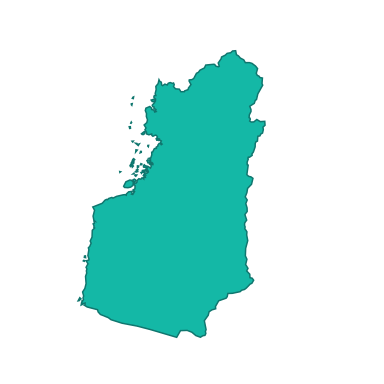 the district of Pohuwato, Gorontalo, Indonesia, rotated 110°
{"feature_id": "22746128B36723886609479", "entity_name": "Pohuwato", "entity_type": "district", "adm_level": 2, "iso_a3": "IDN", "parent_name": "Indonesia", "parent_adm1": "Gorontalo", "projection": "mercator", "projection_center": [121.655, 0.703], "detail": "fine", "context": "isolated", "style": "filled", "palette": "teal", "viewbox_px": 384, "rotation_deg": 110, "n_neighbors": 0, "source": "geoboundaries", "source_scale": "gbopen_adm2", "svg_char_len": 6138}
<svg xmlns="http://www.w3.org/2000/svg" viewBox="0 0 384 384"><g transform="rotate(110 192 192)"><path d="M322.3,130.8L320.3,130.6L318.5,131.7L316.5,131.7L308.7,136.4L302.3,134.6L298.7,135.0L296.0,133.0L293.6,129.8L291.6,130.8L285.1,129.7L280.1,123.6L278.3,123.1L275.1,123.6L273.4,119.4L269.2,112.7L267.3,111.7L265.6,109.3L263.7,108.1L258.7,105.9L257.3,104.5L253.8,103.9L252.4,106.0L252.7,108.2L249.5,109.6L247.5,113.6L244.6,113.3L241.8,116.8L236.4,117.4L233.8,120.0L226.6,122.3L218.6,123.0L213.7,125.9L210.6,126.8L208.3,129.9L206.7,130.1L205.2,131.3L203.0,131.9L199.7,131.0L195.1,134.6L191.4,133.5L188.1,134.8L184.5,137.5L180.6,137.4L178.4,140.3L173.8,140.2L169.6,141.0L164.4,138.7L158.3,139.4L157.6,141.8L157.9,144.2L156.9,146.4L147.5,148.4L147.5,149.4L145.2,150.4L141.8,150.4L141.3,151.0L140.0,151.0L139.6,149.8L137.0,148.0L135.7,148.7L133.5,148.0L128.0,148.1L124.7,149.2L122.8,149.0L121.8,147.9L117.1,149.2L116.1,147.4L113.8,147.1L112.5,145.9L109.0,146.3L106.8,147.5L104.3,146.2L100.7,147.8L102.5,151.9L101.7,155.9L105.0,157.9L106.0,160.3L105.6,162.1L103.8,162.1L102.8,162.7L102.6,163.8L99.9,164.5L96.2,164.1L94.3,164.8L91.7,167.1L87.4,163.8L84.2,163.9L83.1,163.0L77.3,163.7L67.4,162.1L66.2,163.3L60.8,164.8L61.2,167.3L60.2,168.7L60.1,170.5L58.5,172.2L53.6,172.6L51.9,175.4L50.6,179.7L50.8,182.4L52.2,186.1L50.1,188.6L49.6,192.4L48.2,194.9L47.8,197.2L44.3,199.3L45.6,202.1L47.9,203.3L49.7,206.4L52.0,207.5L55.0,210.4L56.8,210.2L61.8,211.5L64.5,209.4L65.3,210.0L65.6,212.5L64.4,214.3L64.5,215.2L68.0,222.5L71.2,222.8L74.8,226.2L77.3,226.9L78.9,228.4L84.8,229.2L86.5,230.6L87.6,232.9L88.7,232.7L91.4,229.7L95.5,230.9L97.1,230.7L99.5,233.5L100.3,233.5L101.6,236.7L99.7,239.1L100.7,242.8L99.3,245.4L97.2,245.4L95.9,246.6L96.6,247.4L96.6,249.9L97.9,251.5L99.9,251.9L99.9,254.4L102.1,255.9L101.8,257.1L99.3,258.4L99.1,260.0L97.8,261.4L101.7,260.9L105.1,262.1L108.1,260.7L112.0,260.3L113.7,259.0L114.3,260.4L115.5,260.4L116.3,260.0L117.1,258.0L119.8,257.3L118.6,257.9L118.1,259.9L119.6,261.8L120.6,260.3L120.0,257.9L120.8,257.7L124.0,259.1L125.1,258.2L125.2,256.6L126.4,256.4L126.8,254.1L128.3,254.0L128.7,253.2L129.6,254.4L128.0,255.8L128.3,258.2L127.1,258.5L126.1,260.9L129.0,264.0L131.5,263.7L133.8,261.6L136.7,260.7L139.4,258.5L142.3,258.2L145.4,259.9L147.6,257.1L149.5,257.5L151.3,255.2L153.0,254.6L153.0,252.1L151.3,249.7L152.6,249.0L153.0,247.8L151.1,245.9L151.0,244.7L152.1,243.3L153.7,243.6L153.3,240.7L154.3,240.1L154.5,238.3L156.4,238.5L157.2,236.5L158.1,237.1L157.2,238.5L157.6,239.5L159.6,240.1L160.5,239.8L162.2,241.0L163.2,240.4L164.1,242.2L167.9,242.7L168.4,243.5L170.8,242.5L174.0,242.4L175.1,244.0L175.3,242.3L176.9,241.6L176.8,244.5L177.9,245.1L179.7,243.2L178.5,242.3L178.0,239.6L178.5,238.7L179.4,239.4L179.8,237.4L179.3,241.8L180.3,241.5L180.5,240.1L181.6,239.1L183.7,239.2L183.0,242.1L183.3,244.9L182.7,246.1L183.9,246.7L185.2,246.0L184.6,242.5L187.3,243.5L188.7,246.0L190.3,245.8L190.3,244.4L189.8,245.0L189.4,244.8L189.4,243.7L186.0,241.7L186.9,241.0L188.1,242.0L188.4,241.2L187.6,240.1L188.2,239.8L190.0,240.9L190.0,242.4L191.3,242.8L191.9,241.7L192.4,243.3L193.2,243.4L193.4,241.4L194.2,240.8L194.8,242.4L196.3,241.8L195.7,243.8L197.5,244.5L197.7,246.5L199.8,247.5L201.6,247.1L203.0,247.7L202.9,249.4L204.5,249.2L205.5,247.7L208.5,246.7L210.2,248.0L210.6,247.2L210.9,247.9L211.7,247.7L211.5,246.2L214.6,246.8L214.7,247.9L214.1,247.6L212.2,249.2L213.5,251.6L216.1,252.9L217.5,252.7L217.3,253.9L218.3,255.9L221.9,261.4L224.8,264.2L224.5,265.4L226.6,268.1L228.1,268.8L228.2,269.8L229.5,271.0L233.3,272.5L240.0,280.1L242.5,277.3L248.5,276.7L251.9,274.7L252.7,273.1L252.8,274.2L254.9,273.0L255.8,274.0L257.4,272.4L258.7,272.2L259.1,271.2L262.1,272.6L268.6,270.5L272.9,270.9L274.6,269.3L278.1,269.5L279.9,270.3L281.5,269.2L287.3,268.1L290.4,265.8L291.3,265.8L292.8,267.9L295.1,265.2L299.0,265.8L300.3,264.4L302.2,264.3L304.2,263.2L307.7,263.2L314.3,260.2L319.3,259.7L323.4,260.6L326.8,258.2L328.8,258.2L330.2,257.2L331.9,257.6L331.8,258.1L333.3,257.8L334.5,256.8L332.9,254.5L334.6,253.9L335.2,254.5L335.9,251.2L334.9,240.5L336.8,239.2L338.4,236.2L338.7,227.6L339.7,224.5L339.2,212.6L336.8,198.0L335.5,184.2L333.8,156.7L326.2,155.4L323.7,149.2L323.8,144.2L325.6,139.3L325.6,134.4L323.4,132.7L322.3,130.8ZM206.0,249.7L202.7,250.6L201.7,253.0L202.0,254.5L205.0,257.6L210.0,258.2L210.8,257.0L209.9,253.7L208.4,251.3L206.0,249.7ZM185.2,256.6L183.7,256.8L184.4,258.5L181.2,256.9L180.6,258.2L181.6,258.8L186.4,258.8L186.4,257.6L185.2,256.6ZM153.2,256.5L151.7,256.7L151.5,257.5L154.6,259.4L155.0,258.5L154.5,257.1L153.2,256.5ZM200.8,248.7L199.9,249.2L199.6,250.5L200.6,251.6L202.4,250.5L202.0,249.3L200.8,248.7ZM332.7,260.9L330.3,259.9L329.7,261.3L333.2,261.8L332.7,260.9ZM166.7,258.4L164.9,258.0L165.9,259.3L165.2,260.4L165.5,261.6L166.7,258.4ZM288.9,271.1L290.3,270.8L290.1,269.5L288.5,270.3L288.9,271.1ZM173.6,258.6L171.3,257.8L171.5,259.1L173.6,258.6ZM189.1,258.6L187.4,257.7L187.3,259.1L188.4,259.3L189.1,258.6ZM152.1,273.3L153.6,272.3L153.2,271.6L151.7,272.3L152.1,273.3ZM155.0,241.9L153.8,242.9L154.3,243.8L155.4,242.8L155.0,241.9ZM186.9,250.8L185.8,251.0L186.1,252.2L187.6,251.7L186.9,250.8ZM191.4,250.0L190.8,250.9L192.3,252.0L192.4,251.3L191.4,250.0ZM196.1,251.2L196.4,250.2L194.9,249.7L195.2,250.8L196.1,251.2ZM172.1,253.2L171.2,253.5L171.4,254.2L172.9,254.1L172.1,253.2ZM124.4,280.1L124.3,279.1L122.6,279.4L123.1,279.9L124.4,280.1ZM129.9,279.2L130.8,278.8L131.1,278.2L129.4,278.4L129.9,279.2ZM336.1,257.5L335.0,256.5L334.4,257.8L336.1,257.5ZM182.9,248.6L182.8,249.7L184.0,249.7L184.0,249.2L182.9,248.6ZM189.6,250.3L189.1,250.9L190.3,251.7L190.4,250.9L189.6,250.3ZM163.3,249.4L164.0,249.3L164.4,248.5L163.0,248.7L163.3,249.4ZM293.2,269.2L293.3,270.4L293.9,270.6L294.0,269.5L293.2,269.2ZM164.8,265.7L165.3,264.9L164.3,264.6L164.8,265.7ZM189.1,256.6L187.7,256.0L187.5,256.3L188.4,257.1L189.1,256.6ZM147.4,272.5L147.0,273.0L148.3,273.1L148.3,272.8L147.4,272.5ZM195.2,253.6L194.7,252.5L194.2,253.0L195.2,253.6ZM155.4,241.0L154.6,240.3L154.1,240.7L155.4,241.0ZM197.5,266.9L198.2,266.5L197.4,266.0L197.5,266.9ZM191.7,245.8L190.9,245.7L191.2,246.5L191.7,245.8Z" fill="#14b8a6" stroke="#0f766e" stroke-width="1.5"/></g></svg>